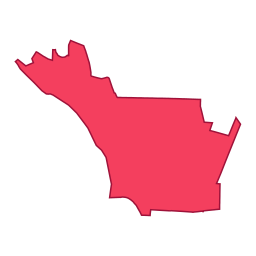 Ghindaresti, Constanta, Romania (Mercator projection)
{"feature_id": "2599482B65065460185800", "entity_name": "Ghindaresti", "entity_type": "district", "adm_level": 2, "iso_a3": "ROU", "parent_name": "Romania", "parent_adm1": "Constanta", "projection": "mercator", "projection_center": [28.04, 44.634], "detail": "fine", "context": "isolated", "style": "filled", "palette": "rose", "viewbox_px": 256, "rotation_deg": 0, "n_neighbors": 0, "source": "geoboundaries", "source_scale": "gbopen_adm2", "svg_char_len": 3144}
<svg xmlns="http://www.w3.org/2000/svg" viewBox="0 0 256 256"><path d="M109.6,197.7L119.8,197.3L120.2,197.4L120.5,197.3L121.3,197.2L121.8,197.1L122.3,197.0L123.8,197.1L125.5,197.3L127.1,197.7L128.5,198.3L129.6,199.0L130.5,199.6L131.2,200.1L132.5,201.2L133.6,202.2L134.0,202.9L134.7,203.7L135.4,204.4L135.9,205.0L136.3,205.4L138.6,209.6L140.0,212.0L140.9,213.8L141.5,215.2L145.5,215.3L147.6,215.4L150.1,215.5L150.2,213.9L150.7,209.7L160.7,210.3L167.8,210.7L169.2,210.8L169.3,210.8L170.5,210.8L171.2,210.7L176.2,211.0L179.4,211.2L182.6,211.4L191.3,212.0L193.1,212.2L193.6,212.1L194.2,212.0L197.6,211.7L201.6,211.2L202.0,211.2L202.4,211.3L202.6,211.4L202.8,211.6L203.2,211.6L203.3,210.9L205.7,210.6L208.4,210.3L211.5,210.0L214.7,209.7L215.3,209.6L219.6,209.2L219.6,208.5L219.6,206.9L219.6,204.9L219.7,202.7L219.7,200.6L219.8,196.1L219.8,194.2L219.9,188.7L220.0,183.9L219.7,183.9L216.5,183.5L216.9,182.6L221.0,172.8L224.7,163.4L228.5,153.9L230.8,148.2L240.5,124.2L236.0,117.7L235.9,118.1L233.0,125.0L230.2,131.9L228.6,135.7L221.2,133.6L213.7,131.5L209.8,130.5L212.4,122.8L204.2,122.2L202.4,114.6L201.7,111.7L200.3,106.1L200.4,105.1L200.4,102.7L200.5,101.1L200.5,100.2L200.5,99.6L200.5,99.4L198.2,99.4L192.7,99.2L192.4,99.2L192.2,99.2L187.6,99.0L184.3,98.9L183.0,98.9L180.6,98.8L178.1,98.7L177.6,98.7L175.0,98.6L173.3,98.6L170.1,98.5L168.2,98.4L166.3,98.4L162.4,98.3L158.6,98.3L154.7,98.2L152.6,98.1L149.9,98.1L147.2,98.0L145.6,98.0L144.3,98.0L141.4,97.9L138.9,97.9L138.2,97.9L134.9,97.8L131.6,97.7L128.4,97.7L125.6,97.6L123.0,97.6L122.4,97.6L120.6,97.5L118.2,97.5L117.5,97.5L117.4,97.5L117.3,97.4L117.1,97.2L116.7,96.5L116.4,95.9L116.1,95.4L115.9,94.9L115.8,94.4L115.5,94.0L115.4,93.6L115.2,93.3L115.0,93.1L114.8,93.0L114.5,92.9L114.2,92.9L114.1,92.7L113.2,90.1L112.2,87.6L110.9,83.7L109.6,79.8L109.4,79.2L109.2,78.6L108.8,78.0L108.4,77.7L107.8,77.4L106.9,77.3L106.3,77.5L104.2,78.1L101.7,78.7L100.8,78.6L97.4,77.8L94.0,76.9L92.8,76.5L91.5,76.2L91.2,76.0L91.0,75.7L90.9,75.3L90.9,74.7L90.9,73.9L90.9,73.2L90.9,72.9L90.9,72.5L90.9,72.2L90.8,71.8L90.7,71.2L90.6,70.5L90.5,69.8L90.2,68.0L89.9,66.2L89.4,63.7L89.1,62.3L88.5,60.5L87.6,57.5L86.7,54.4L86.1,52.7L85.6,50.9L84.6,48.3L83.7,45.8L83.3,45.6L76.9,43.1L70.6,40.5L68.7,45.0L68.6,47.1L68.6,48.8L68.6,50.5L68.6,53.6L68.7,54.6L68.7,55.6L68.2,55.7L67.9,55.6L67.7,55.3L67.3,55.3L66.9,55.7L66.4,56.0L66.0,56.3L65.6,56.7L65.0,56.9L64.5,57.1L63.9,57.2L63.2,57.2L62.6,57.3L61.9,57.3L61.4,57.1L60.9,56.9L60.3,56.7L59.7,56.5L58.9,55.9L57.9,55.4L57.2,54.0L56.7,53.3L56.2,52.7L55.8,51.9L55.5,50.4L55.4,49.7L55.1,49.8L52.8,49.7L52.6,55.0L52.5,57.6L52.4,60.3L48.1,59.0L46.8,58.2L46.5,58.1L44.9,57.1L43.7,56.5L42.6,55.8L40.2,54.2L37.8,52.6L36.4,51.9L36.2,51.9L34.1,55.2L31.9,58.6L32.3,59.8L33.4,62.7L25.8,65.9L19.8,61.1L17.8,59.5L15.4,61.6L16.1,62.4L16.7,63.1L18.3,65.4L18.9,66.6L20.4,69.0L26.0,74.7L34.1,82.6L41.9,90.7L46.3,93.9L48.4,94.1L50.3,93.9L53.2,95.1L59.2,99.0L68.6,105.1L76.7,113.0L84.6,123.5L87.9,128.0L89.1,130.5L91.6,135.6L92.1,136.7L96.3,145.4L97.4,146.4L101.6,150.2L106.1,157.4L108.3,168.3L111.1,182.4L111.5,184.1L110.7,189.6L109.6,197.7Z" fill="#f43f5e" stroke="#9f1239" stroke-width="1.5"/></svg>